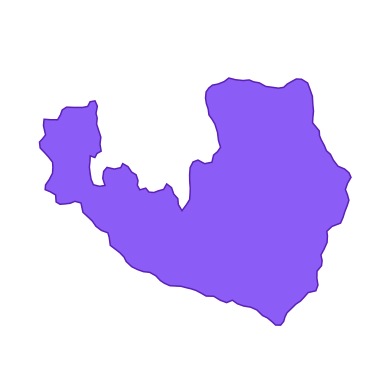 Imbé de Minas, Minas Gerais, Brazil (orthographic projection), rotated 96°
{"feature_id": "56859067B9633327681514", "entity_name": "Imbé de Minas", "entity_type": "district", "adm_level": 2, "iso_a3": "BRA", "parent_name": "Brazil", "parent_adm1": "Minas Gerais", "projection": "orthographic", "projection_center": [-41.974, -19.636], "detail": "fine", "context": "isolated", "style": "filled", "palette": "violet", "viewbox_px": 384, "rotation_deg": 96, "n_neighbors": 0, "source": "geoboundaries", "source_scale": "gbopen_adm2", "svg_char_len": 2530}
<svg xmlns="http://www.w3.org/2000/svg" viewBox="0 0 384 384"><g transform="rotate(96 192 192)"><path d="M294.0,167.1L293.4,159.5L296.7,152.6L298.4,146.0L295.4,140.5L298.4,135.2L300.0,128.7L300.4,121.7L302.5,115.2L307.5,108.9L309.3,103.9L312.3,99.3L315.6,94.9L315.1,89.9L311.1,87.3L306.6,86.5L302.2,84.9L297.4,80.9L292.7,77.0L289.1,72.7L284.9,69.5L279.9,66.0L277.3,58.5L271.4,57.0L264.8,58.8L257.7,59.4L251.8,55.5L246.7,55.4L241.2,57.2L235.1,54.7L228.1,52.4L221.5,52.7L217.0,53.8L211.6,49.2L207.4,41.0L201.7,39.2L195.3,37.9L189.2,36.2L183.8,35.1L178.8,37.0L173.5,39.7L167.0,38.2L160.8,35.4L156.5,37.9L153.2,42.6L151.1,49.5L145.6,54.7L140.0,58.3L136.9,62.6L131.9,65.3L126.5,69.0L122.5,71.1L118.0,71.8L114.5,75.3L110.6,79.3L105.2,79.6L98.9,79.6L92.7,80.9L84.2,82.3L77.6,85.4L71.5,88.4L68.4,94.8L68.7,100.1L72.0,104.9L74.7,108.6L78.3,111.7L79.7,116.9L79.5,122.5L79.3,129.7L76.4,136.5L76.0,142.2L74.6,146.8L75.8,152.8L75.8,160.3L74.8,167.3L78.8,171.5L81.9,177.4L83.6,182.9L86.8,186.1L90.9,188.4L97.1,188.4L102.7,186.9L107.7,184.6L113.6,183.2L117.9,179.4L122.1,176.3L129.9,172.9L138.1,171.0L144.5,168.3L149.2,170.8L153.0,174.4L160.3,175.3L162.5,182.4L159.6,189.4L162.0,194.1L167.9,196.4L175.0,196.2L181.6,195.4L188.7,194.1L195.1,193.7L199.8,193.6L205.2,196.2L211.6,200.0L205.9,204.3L200.1,205.4L196.0,209.9L189.8,212.8L186.6,218.0L192.4,220.5L194.3,225.5L196.5,229.8L196.6,234.8L193.0,238.4L195.3,244.1L191.0,247.1L186.3,246.9L180.7,249.4L178.5,254.1L173.4,258.4L171.0,263.9L175.2,265.4L177.3,271.6L176.4,279.1L180.7,282.0L187.7,282.2L194.6,279.2L196.0,284.5L195.1,290.8L189.9,293.7L184.4,295.2L177.9,296.7L171.7,296.7L166.7,297.0L167.9,292.2L163.6,290.5L160.9,286.6L154.0,288.5L147.0,288.4L140.7,291.2L134.4,294.0L128.5,294.0L123.8,295.7L116.5,295.1L111.5,298.0L112.9,302.8L117.8,304.7L119.3,309.5L120.2,318.0L120.7,325.6L124.0,329.7L128.8,330.8L134.2,333.2L134.9,340.1L135.1,346.7L141.3,346.7L146.2,345.1L150.5,343.6L154.7,346.2L158.3,348.9L164.1,347.6L168.6,342.3L172.2,338.3L176.9,333.8L182.1,332.9L188.0,332.7L194.6,335.3L200.3,338.4L205.0,338.3L206.6,332.9L209.2,327.3L216.1,326.1L218.0,322.0L217.1,317.0L215.9,311.9L213.5,307.5L214.5,301.3L223.6,298.3L227.9,292.5L231.4,288.0L236.2,283.9L239.7,278.1L241.4,271.4L245.8,269.6L253.6,267.7L257.0,262.1L260.0,257.3L263.8,252.8L268.1,250.1L272.6,244.1L274.9,237.8L276.3,232.0L276.3,225.8L279.1,219.2L283.4,214.2L285.6,210.0L287.5,204.2L287.2,198.4L286.9,193.2L287.7,188.0L288.4,182.6L289.5,177.7L291.5,172.6L294.0,167.1Z" fill="#8b5cf6" stroke="#5b21b6" stroke-width="1.5"/></g></svg>